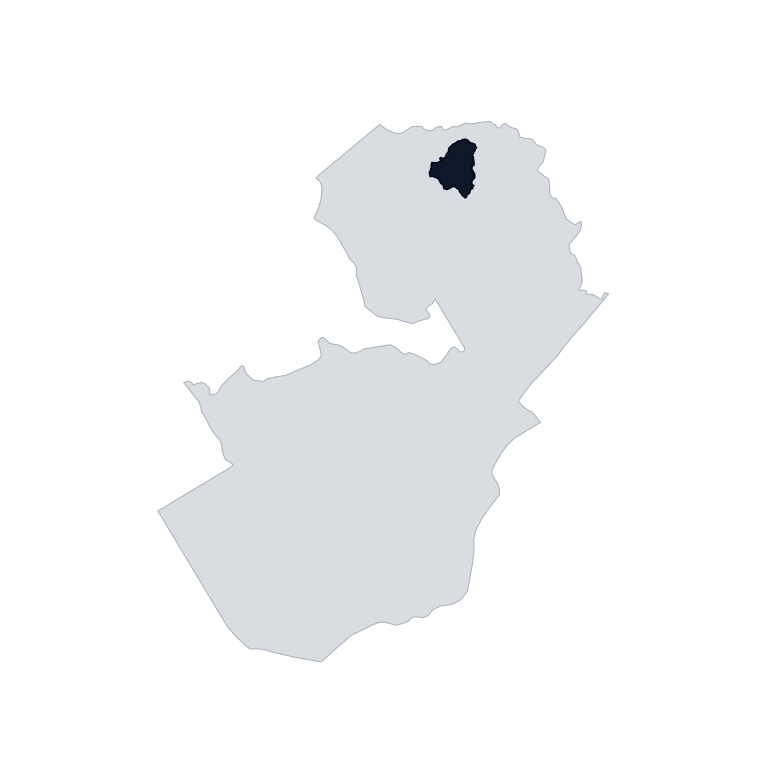 Mungwi, Muchinga, Zambia (highlighted), rotated 329°
{"feature_id": "96606910B23171864038647", "entity_name": "Mungwi", "entity_type": "district", "adm_level": 2, "iso_a3": "ZMB", "parent_name": "Zambia", "parent_adm1": "Muchinga", "projection": "mercator", "projection_center": [31.716, -9.991], "detail": "fine", "context": "in_parent", "style": "filled", "palette": "ink", "viewbox_px": 768, "rotation_deg": 329, "n_neighbors": 0, "source": "geoboundaries", "source_scale": "gbopen_adm2", "svg_char_len": 9113}
<svg xmlns="http://www.w3.org/2000/svg" viewBox="0 0 768 768"><g transform="rotate(329 384 384)"><path d="M498.3,497.5L468.7,497.5L458.0,499.9L449.1,503.6L438.6,509.4L432.5,513.4L430.8,515.6L430.0,520.5L430.0,528.1L428.9,533.5L425.7,538.5L409.7,544.6L399.2,549.5L389.0,555.4L381.2,563.0L375.9,572.4L367.0,584.0L348.5,604.8L337.8,608.7L328.9,607.8L318.0,603.4L309.4,602.6L303.0,605.3L297.2,604.5L291.8,600.1L287.2,598.5L283.6,599.7L278.9,599.5L270.3,597.1L262.9,589.7L258.9,586.6L255.8,585.5L247.0,584.3L226.7,582.6L205.6,586.2L187.0,590.0L168.1,573.5L149.9,556.0L146.1,551.6L139.2,545.8L134.3,543.0L132.4,541.5L127.5,526.1L124.8,511.9L124.8,376.4L207.5,376.4L212.8,375.9L213.0,374.4L209.2,367.2L209.4,364.7L210.4,359.8L214.1,350.1L214.3,346.9L212.6,336.3L212.8,330.4L213.7,318.5L213.2,314.4L215.1,309.1L215.8,305.5L216.5,304.0L215.6,299.9L213.9,285.8L213.0,279.8L217.9,280.7L219.6,283.6L220.5,286.8L222.8,287.0L228.7,288.9L230.7,291.5L232.1,297.2L231.2,300.1L229.3,302.4L231.2,304.5L235.2,305.9L237.5,305.5L244.1,301.6L250.2,300.2L253.4,299.2L267.0,296.6L269.8,295.3L271.7,295.3L273.0,296.4L271.8,300.4L271.4,304.0L273.1,310.7L274.3,313.8L277.2,316.1L279.3,317.3L281.6,319.8L286.3,319.3L296.8,322.8L300.0,324.4L304.4,325.9L307.5,326.5L318.3,327.8L329.7,329.7L335.6,329.8L339.8,329.4L342.7,328.4L344.5,327.3L345.4,326.3L349.6,313.5L351.8,312.5L354.7,311.9L356.3,313.0L358.2,321.1L366.4,328.4L369.2,334.5L371.3,339.8L373.1,341.2L376.2,343.0L381.2,343.7L385.7,343.9L407.9,352.8L410.3,354.5L413.0,359.2L414.7,364.7L416.4,368.9L419.3,369.7L421.8,370.1L424.4,373.0L426.3,375.6L432.9,386.2L433.8,390.4L437.0,393.2L441.3,394.4L445.3,394.5L447.6,393.3L453.3,391.1L457.7,388.6L461.0,387.7L462.9,388.3L464.3,390.0L465.3,395.3L468.4,397.1L470.8,396.4L471.7,394.3L471.7,393.2L471.6,338.0L469.6,338.4L467.1,339.9L461.2,340.1L458.9,341.3L458.2,343.0L458.6,345.3L458.8,348.5L457.9,349.9L455.3,350.5L451.6,349.3L444.8,347.7L439.2,346.8L435.2,342.6L429.7,336.4L426.1,333.3L417.5,326.8L416.0,325.5L413.4,322.4L411.1,317.3L409.0,311.3L407.8,307.5L409.9,301.7L415.0,282.6L416.1,276.7L420.3,270.7L420.6,265.3L418.9,258.4L419.4,254.6L419.9,232.9L418.8,226.0L416.0,218.4L409.7,207.9L409.8,205.6L419.3,198.8L422.2,196.2L427.2,190.6L430.6,185.9L432.7,182.1L433.4,177.1L431.8,172.4L435.1,171.5L514.1,159.3L515.2,162.6L517.6,167.9L520.3,171.9L523.7,175.4L526.6,177.4L528.5,178.1L540.7,177.9L545.0,180.0L548.9,182.6L549.8,186.8L552.3,189.4L555.0,191.4L556.2,191.7L558.2,191.2L561.4,191.1L564.4,192.0L565.9,192.9L566.0,196.4L566.9,197.9L571.1,198.5L575.3,198.8L579.3,201.2L583.7,201.6L588.7,202.5L591.1,205.1L596.5,207.7L603.1,210.0L610.3,213.8L610.5,215.0L611.7,217.3L613.0,218.9L613.1,221.3L613.7,223.5L615.5,224.1L617.1,224.2L618.5,222.6L620.4,222.7L622.6,223.7L623.3,226.2L625.0,229.7L627.6,232.0L629.4,234.3L628.8,238.4L627.7,242.2L631.3,246.0L636.1,249.5L637.3,251.1L637.7,256.4L638.4,258.2L641.7,262.5L643.2,265.5L643.1,267.1L634.5,275.8L629.2,277.2L626.9,279.0L625.5,280.8L628.9,289.5L630.7,292.8L629.2,296.9L625.8,303.9L624.2,304.5L623.9,309.8L625.0,311.8L626.7,313.3L627.4,316.9L627.2,325.9L625.1,336.0L629.0,344.9L630.3,345.9L635.7,346.0L636.6,346.7L635.3,349.2L631.5,353.2L624.7,356.2L614.8,359.6L612.8,362.8L611.5,367.5L612.6,370.2L613.9,371.8L613.4,375.9L612.6,380.2L612.9,383.6L612.4,386.6L611.1,388.1L609.4,392.7L607.3,397.2L605.6,399.3L603.1,401.5L599.2,403.3L599.3,404.2L603.7,406.3L604.9,407.8L605.3,408.8L603.4,411.1L605.5,412.5L608.0,413.7L610.3,416.7L613.0,422.5L613.5,423.0L614.3,423.1L615.8,422.5L618.5,420.2L620.4,419.3L622.8,422.6L581.6,436.8L571.9,439.7L557.5,444.7L552.8,446.6L549.0,448.5L510.6,459.6L504.6,461.7L491.0,467.4L490.6,468.4L490.7,470.9L491.9,476.3L494.3,481.1L496.3,483.9L497.6,491.1L498.3,497.5Z" fill="#d9dde1" stroke="#a8b0b8" stroke-width="1"/><path d="M584.9,229.1L584.6,227.9L584.8,227.9L584.7,227.6L584.8,227.6L584.8,227.3L585.0,226.7L585.0,226.2L585.1,225.9L585.3,225.8L585.2,225.3L584.9,224.9L585.1,224.6L584.9,224.5L584.9,224.3L584.8,224.5L584.2,224.2L584.0,223.9L583.9,223.7L583.6,223.4L583.6,222.9L583.1,222.9L582.8,222.5L582.5,222.3L582.6,221.9L582.5,221.6L582.3,221.4L582.1,221.4L581.9,221.2L581.8,220.9L581.7,220.5L581.8,219.9L581.6,219.8L581.6,219.5L581.5,219.4L581.4,218.9L581.4,218.4L581.2,218.2L581.2,217.9L581.0,217.2L580.5,216.9L579.4,215.7L578.8,215.7L578.2,215.3L577.8,215.3L577.5,215.0L577.1,215.2L576.4,214.9L575.4,215.3L575.3,215.2L574.9,215.2L574.2,214.5L573.5,214.6L573.0,214.0L572.7,213.8L572.5,214.0L572.1,214.0L571.9,214.1L571.0,214.2L570.8,214.1L570.6,214.2L569.8,214.1L569.4,214.3L568.3,214.1L568.1,214.2L567.8,214.2L567.5,214.0L567.2,214.1L566.5,214.0L566.3,214.1L565.5,214.3L564.7,214.3L563.7,214.7L563.1,214.8L562.0,215.2L561.8,215.0L561.4,215.1L560.9,215.5L560.8,216.2L560.5,216.4L560.1,216.5L559.9,216.9L559.2,217.2L559.2,217.7L558.9,218.1L558.3,218.4L558.2,218.5L557.2,218.6L556.9,218.6L556.6,218.8L556.3,218.8L556.1,219.1L556.1,219.5L555.8,219.8L555.4,219.9L555.1,219.8L554.8,220.2L554.4,220.2L554.2,220.4L554.0,220.5L553.1,221.6L552.9,221.5L553.0,221.8L552.8,222.0L551.9,221.6L551.1,221.6L550.1,220.1L549.7,219.7L549.3,219.1L549.1,219.1L548.5,219.2L548.1,219.5L548.4,219.6L548.0,220.0L548.1,220.5L548.1,221.4L548.2,221.8L548.1,222.2L547.4,222.1L547.1,221.9L546.9,221.9L546.5,221.9L545.9,221.8L545.4,221.9L545.1,221.8L543.9,222.1L543.1,221.3L542.4,221.0L541.9,220.5L541.3,220.4L540.9,220.0L540.6,220.0L540.0,219.6L539.4,218.9L539.2,218.8L538.8,219.3L538.1,219.6L537.9,219.9L537.6,220.2L537.5,220.6L537.3,220.7L537.3,221.0L536.8,221.4L536.5,221.9L536.4,222.6L536.4,222.8L536.1,223.1L535.5,223.1L535.2,223.4L534.7,223.8L534.6,224.1L534.3,224.4L534.4,224.5L533.6,225.0L533.5,225.3L533.1,225.3L532.5,225.6L532.2,225.6L531.9,225.9L532.0,226.0L531.8,226.3L531.6,226.7L531.7,226.8L531.6,227.0L531.3,227.3L531.4,227.7L531.3,227.9L531.1,227.9L530.9,228.3L530.9,228.5L530.8,228.8L530.6,229.2L530.7,229.4L530.8,229.5L530.7,229.6L530.7,229.8L530.5,230.0L531.3,230.4L532.3,230.7L533.2,231.7L536.3,235.9L536.0,241.3L537.2,244.0L535.9,247.3L536.4,248.1L536.8,248.3L537.2,248.8L537.7,249.1L537.9,249.6L540.2,250.1L544.8,250.2L545.5,250.4L545.4,250.6L546.4,251.2L546.5,251.9L546.7,252.1L546.9,252.5L547.1,253.6L547.4,253.9L547.4,254.2L547.6,254.3L548.1,255.4L548.5,255.9L548.5,256.3L548.3,256.4L548.3,256.7L547.7,257.9L547.8,258.4L548.2,259.4L548.1,259.6L548.2,260.6L548.1,261.2L548.2,262.0L548.2,262.7L548.5,263.8L548.8,264.3L549.2,264.6L549.1,265.2L549.2,265.3L549.2,266.0L549.7,266.4L550.0,266.4L550.4,266.2L551.0,266.1L550.9,265.7L551.3,265.5L551.3,265.3L551.8,265.0L551.7,265.2L552.0,265.3L552.3,264.7L552.6,264.6L553.0,264.6L553.1,264.3L553.3,264.2L553.5,264.1L553.6,264.3L553.9,264.1L554.0,264.2L554.0,264.4L554.3,264.4L554.5,264.5L554.7,264.3L554.9,264.5L555.3,264.6L555.5,264.2L555.9,264.1L556.2,264.0L556.3,263.7L556.2,263.5L556.4,263.4L556.2,263.3L556.4,263.1L556.6,263.1L556.6,262.8L557.1,262.8L557.4,262.4L557.8,262.4L557.8,262.1L558.1,262.0L558.1,261.8L558.4,261.8L558.7,261.7L558.7,261.8L559.0,261.9L559.3,261.9L559.5,261.8L559.8,261.9L559.7,261.7L560.0,261.6L560.3,261.4L561.0,261.5L561.0,261.3L561.5,261.2L561.9,260.9L562.0,260.6L561.9,260.4L562.0,260.1L562.5,260.0L562.3,259.9L562.7,259.5L562.5,259.3L562.6,259.2L562.3,258.2L562.7,257.2L562.7,256.9L563.1,256.5L563.1,256.2L563.3,255.7L563.6,255.5L563.9,255.5L564.2,255.0L564.8,255.1L565.2,254.8L565.1,254.7L565.4,254.6L565.9,254.4L566.1,254.2L566.5,254.4L567.5,254.1L568.1,253.7L568.1,253.3L568.3,253.3L568.2,253.1L568.3,252.7L568.4,252.8L568.5,252.6L568.8,252.6L568.6,252.5L568.8,252.3L568.5,252.1L568.5,251.9L568.8,251.9L568.7,251.7L568.9,251.7L569.0,251.5L569.2,251.3L569.4,251.2L569.5,251.3L569.6,251.2L569.6,251.4L569.8,250.7L569.6,250.7L569.9,249.0L569.8,248.7L569.6,248.7L569.7,248.4L569.7,248.1L569.9,248.0L570.0,248.0L570.0,247.9L569.9,247.0L570.0,246.7L569.5,246.6L569.3,246.2L569.2,246.1L569.0,245.8L569.2,245.7L569.3,245.8L569.8,245.6L569.8,245.4L569.6,245.4L569.5,244.8L569.5,244.7L569.8,244.5L570.1,244.5L570.0,244.3L569.8,244.3L570.0,243.9L570.1,244.1L570.3,244.0L570.4,243.9L570.9,244.0L571.0,243.8L570.8,243.8L571.1,243.5L571.2,243.1L571.1,242.5L571.5,242.6L571.5,242.4L571.9,242.3L572.0,242.5L572.1,242.4L572.4,242.5L572.6,242.7L573.2,242.4L573.3,242.5L573.3,242.4L573.5,242.4L573.4,242.0L573.6,241.9L573.9,241.7L574.0,241.7L573.9,241.6L574.0,241.4L574.3,241.5L574.2,241.4L574.3,241.3L575.0,241.3L575.1,240.8L574.9,240.6L574.8,239.8L575.1,239.8L575.4,239.3L575.8,239.4L575.9,239.2L575.9,238.8L575.5,238.7L575.3,238.3L575.2,238.0L575.4,237.9L575.6,237.5L575.8,237.3L576.1,237.2L576.4,237.3L576.3,236.8L576.5,236.7L577.1,236.2L577.3,235.8L577.3,235.7L577.2,235.7L577.0,235.0L577.1,234.6L577.5,234.6L577.3,234.0L577.4,233.9L577.6,234.0L577.6,233.9L577.7,233.6L577.6,233.2L578.0,233.2L578.3,233.1L578.6,232.7L578.4,232.6L579.1,232.2L579.2,232.3L579.4,232.2L579.5,232.1L580.0,232.1L580.1,231.8L580.3,231.6L580.5,231.6L580.9,231.1L581.6,231.0L581.7,230.6L582.1,230.8L582.6,230.5L582.6,230.4L582.4,230.3L582.5,230.0L582.7,229.5L582.8,229.6L583.0,229.3L583.4,229.3L583.8,229.0L584.0,229.1L584.2,228.9L584.5,229.2L584.8,229.1L584.9,229.1Z" fill="#0f172a" stroke="#020617" stroke-width="1.5"/></g></svg>